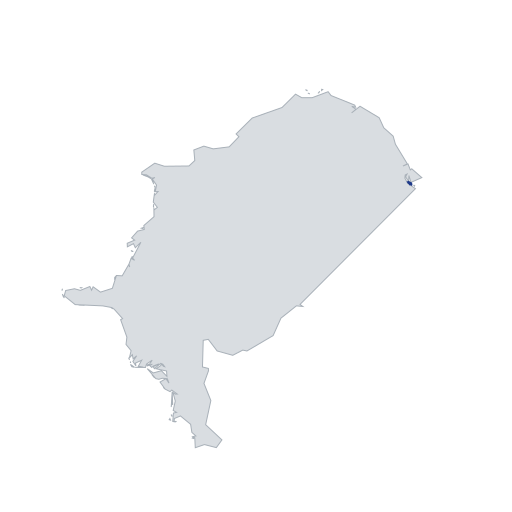 Island, Washington, United States of America (highlighted), rotated 145°
{"feature_id": "52423323B81098999696635", "entity_name": "Island", "entity_type": "district", "adm_level": 2, "iso_a3": "USA", "parent_name": "United States of America", "parent_adm1": "Washington", "projection": "albers", "projection_center": [-122.525, 48.158], "detail": "fine", "context": "in_parent", "style": "filled", "palette": "blue", "viewbox_px": 512, "rotation_deg": 145, "n_neighbors": 0, "source": "geoboundaries", "source_scale": "gbopen_adm2", "svg_char_len": 4863}
<svg xmlns="http://www.w3.org/2000/svg" viewBox="0 0 512 512"><g transform="rotate(145 256 256)"><path d="M375.9,163.5L394.0,146.7L389.4,124.9L398.4,121.8L406.4,131.1L415.7,133.8L410.4,142.2L411.5,144.3L408.5,143.1L409.7,148.3L406.1,155.6L409.6,168.3L416.1,169.7L418.0,167.4L416.0,166.1L417.3,166.4L419.1,168.2L413.7,174.7L410.8,173.5L412.4,177.0L405.3,183.5L402.3,191.8L401.3,189.1L399.7,188.1L401.9,194.5L404.2,194.2L406.8,199.1L406.9,207.8L400.1,207.2L400.2,201.8L399.0,206.4L402.9,209.6L406.3,210.7L408.4,213.0L409.7,226.1L407.2,219.1L399.3,216.3L398.0,208.5L395.2,213.1L402.5,220.9L396.7,220.9L395.5,222.1L395.0,218.5L394.3,217.7L394.4,220.8L395.6,222.7L403.9,222.0L403.6,224.5L398.9,223.3L397.5,223.4L403.3,224.8L405.3,224.5L405.9,227.3L402.9,226.9L408.0,228.3L407.6,229.2L405.1,228.5L400.8,230.2L407.6,230.3L410.5,228.1L418.9,234.1L412.1,229.7L415.6,233.2L409.4,236.2L416.1,237.4L417.4,234.9L417.3,240.3L411.0,242.7L415.6,242.3L413.9,246.1L418.2,245.1L412.6,250.1L413.2,258.1L408.3,263.6L403.4,281.5L401.2,281.2L402.7,293.8L403.7,296.5L410.1,303.0L432.0,319.9L435.9,333.4L431.7,336.9L423.5,333.3L419.6,328.6L409.6,326.3L410.3,322.3L407.1,324.2L404.1,315.6L392.2,311.9L381.5,320.1L377.0,316.5L365.2,322.0L365.8,319.4L364.6,322.3L359.7,325.7L357.9,322.1L358.3,325.1L342.4,333.3L350.1,332.0L349.3,336.4L356.1,337.3L354.2,340.3L346.3,338.6L347.5,342.2L338.7,344.3L332.3,341.8L330.4,345.3L317.0,346.7L311.9,354.2L313.2,352.2L308.9,352.4L309.2,359.1L303.1,365.7L304.4,363.9L299.3,365.0L301.7,366.5L296.8,371.1L296.8,378.5L293.8,378.3L296.7,379.4L299.2,385.4L302.8,388.3L301.5,390.2L285.7,390.1L279.6,382.1L259.3,368.2L251.4,369.3L246.1,378.5L235.7,375.9L229.6,368.3L215.4,360.8L201.6,363.5L202.3,367.4L180.0,371.2L149.5,362.7L130.8,365.9L127.7,359.4L119.3,353.5L102.7,349.2L102.5,344.4L88.6,323.0L89.0,320.7L91.7,323.6L89.9,318.8L95.6,318.4L84.9,319.0L75.8,298.6L77.8,287.7L74.9,275.5L77.7,267.6L79.2,244.7L84.0,245.4L78.7,244.2L80.2,238.0L78.4,238.1L75.2,225.1L86.8,227.4L84.6,234.2L88.3,229.4L88.0,235.1L85.3,236.5L87.3,236.8L89.4,234.4L90.1,228.6L86.8,219.7L247.7,191.1L246.6,187.8L251.5,192.0L271.2,190.8L287.6,181.0L317.9,183.4L320.8,186.5L332.0,188.0L342.3,200.5L342.9,215.1L347.6,217.2L363.5,195.8L359.5,191.2L360.8,189.2L371.7,181.5L375.9,163.5ZM409.2,184.0L412.1,180.9L402.6,192.8L409.6,181.8L409.2,184.0ZM87.8,225.2L89.3,228.8L89.2,229.4L87.1,226.7L87.8,225.2ZM302.2,387.3L298.5,382.6L297.6,379.4L299.0,382.6L302.2,387.3ZM411.5,141.9L412.6,143.4L411.9,143.5L411.5,141.9ZM333.0,343.4L333.9,344.5L332.2,344.0L333.0,343.4ZM109.3,354.4L111.1,353.6L111.3,353.8L109.3,354.4ZM107.3,354.0L106.6,354.9L105.9,354.1L107.3,354.0ZM416.8,172.6L416.6,174.3L416.2,174.2L416.8,172.6ZM297.7,376.3L297.5,379.1L298.5,373.4L297.7,376.3ZM425.1,314.2L429.4,317.5L424.5,314.0L425.1,314.2ZM119.2,358.3L120.1,359.7L119.1,358.4L119.2,358.3ZM437.1,333.6L436.4,335.9L437.1,331.5L437.1,333.6ZM421.2,236.5L421.0,239.2L419.3,234.4L421.2,236.5ZM86.1,222.3L86.2,223.3L85.5,222.8L86.1,222.3ZM302.1,367.4L299.8,369.5L302.1,367.1L302.1,367.4ZM420.2,170.6L421.0,171.7L419.8,172.2L420.2,170.6ZM119.4,362.2L120.1,363.9L119.1,362.4L119.4,362.2ZM299.5,370.7L298.6,371.7L299.2,370.3L299.5,370.7ZM409.1,215.2L409.3,218.5L408.8,214.2L409.1,215.2ZM311.5,355.6L310.1,357.2L312.0,354.6L311.5,355.6ZM403.6,294.8L404.4,296.9L403.5,295.7L403.6,294.8ZM418.9,245.1L418.6,245.8L419.2,243.4L418.9,245.1ZM385.5,317.5L384.0,319.5L383.1,319.7L385.5,317.5ZM358.8,325.7L358.6,326.2L357.4,326.7L358.8,325.7ZM417.5,330.0L418.5,331.2L417.0,330.0L417.5,330.0ZM354.9,330.8L355.2,332.2L354.0,330.1L354.9,330.8ZM434.4,339.4L433.3,340.2L434.7,338.9L434.4,339.4ZM407.1,200.1L407.2,201.7L406.9,199.5L407.1,200.1ZM420.1,240.3L419.8,241.1L419.6,241.1L420.1,240.3Z" fill="#d9dde1" stroke="#a8b0b8" stroke-width="1"/><path d="M86.9,226.6L87.0,226.8L87.4,227.0L87.4,227.3L87.5,227.3L87.6,227.2L87.8,227.3L87.9,227.5L87.9,227.9L87.8,228.0L88.0,228.2L88.0,228.3L87.9,228.3L88.0,228.6L88.3,228.7L88.3,228.8L88.2,228.9L88.2,229.0L88.4,228.9L88.5,228.8L88.9,229.0L88.9,229.3L88.9,229.5L89.0,229.5L89.3,229.6L89.3,229.4L89.4,229.1L89.4,228.9L89.3,228.7L89.3,228.4L89.2,228.4L88.9,228.3L88.8,228.2L88.6,227.8L88.4,227.8L88.4,228.0L88.5,228.0L88.4,228.2L88.5,228.3L88.4,228.5L88.3,228.2L88.2,228.0L88.1,227.8L88.1,227.7L88.1,227.3L88.0,227.1L87.9,226.8L87.8,226.7L87.7,226.7L87.3,226.8L87.2,226.7L87.5,226.5L87.6,226.3L87.8,226.3L87.8,226.1L88.0,226.0L88.3,226.1L88.5,226.0L88.5,225.9L88.4,225.8L88.2,225.6L88.0,225.4L88.0,225.1L87.9,225.0L87.7,225.0L87.5,225.3L87.5,225.5L87.3,225.8L87.2,225.9L87.1,226.2L87.0,226.3L86.9,226.6ZM89.1,226.4L88.7,226.2L88.7,226.3L88.3,226.4L88.3,226.5L88.3,226.8L88.3,227.0L88.5,227.5L88.8,227.7L89.0,227.8L89.2,228.0L89.3,228.2L89.3,227.9L89.1,227.7L88.9,227.5L88.7,227.2L88.7,226.9L88.8,226.9L88.9,226.7L89.0,226.6L89.1,226.4L89.1,226.4Z" fill="#3b82f6" stroke="#1e3a8a" stroke-width="1.5"/></g></svg>